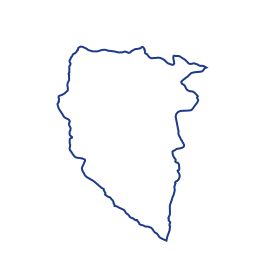 outline of Mushie, Bandundu, Democratic Republic of the Congo, rotated 114°
{"feature_id": "63176286B59505490488503", "entity_name": "Mushie", "entity_type": "district", "adm_level": 2, "iso_a3": "COD", "parent_name": "Democratic Republic of the Congo", "parent_adm1": "Bandundu", "projection": "equal_earth", "projection_center": [17.182, -2.524], "detail": "fine", "context": "isolated", "style": "outline", "palette": "blue", "viewbox_px": 256, "rotation_deg": 114, "n_neighbors": 0, "source": "geoboundaries", "source_scale": "gbopen_adm2", "svg_char_len": 5275}
<svg xmlns="http://www.w3.org/2000/svg" viewBox="0 0 256 256"><g transform="rotate(114 128 128)"><path d="M73.1,204.6L74.9,205.9L76.0,205.9L77.2,205.5L77.8,206.1L79.2,206.0L81.0,206.7L81.4,206.8L82.5,208.0L83.1,208.2L85.2,208.3L87.1,208.8L88.5,208.5L89.7,208.9L90.5,208.7L91.3,208.2L92.5,206.7L93.2,206.5L93.8,206.4L95.8,206.7L97.0,206.0L99.4,205.0L101.0,204.2L101.8,204.4L102.3,204.4L102.7,204.3L102.9,203.6L103.3,203.3L103.7,203.4L104.8,202.9L107.4,201.6L108.0,201.3L110.9,201.4L113.1,201.0L114.1,200.6L114.8,199.9L117.2,198.6L117.5,198.6L118.2,198.3L122.2,200.0L124.4,201.6L126.7,204.0L127.4,204.2L128.6,203.7L129.5,202.8L130.5,202.5L130.8,202.4L131.8,202.3L132.1,201.8L134.8,202.2L138.0,199.6L139.0,198.3L141.8,193.9L142.2,193.3L143.8,191.1L143.9,190.7L144.3,189.2L144.3,186.0L144.5,185.4L145.2,184.2L145.8,183.8L147.6,183.8L148.9,183.2L149.7,182.5L151.1,180.7L151.5,180.4L152.1,180.1L153.9,179.7L154.0,179.8L154.8,179.9L156.5,179.2L157.9,178.5L158.4,177.8L158.9,175.8L159.2,175.3L159.6,175.2L161.1,176.5L161.9,176.6L163.5,176.1L165.8,174.9L166.9,173.9L170.8,172.9L171.7,172.1L172.3,171.0L174.1,168.2L174.8,167.1L175.3,166.2L175.7,165.0L176.0,164.3L176.0,163.7L176.0,163.0L175.6,161.6L175.2,160.4L174.9,159.1L174.6,158.1L174.4,156.9L174.4,156.2L174.4,155.6L174.4,154.9L174.6,154.4L175.0,154.0L175.6,153.9L178.0,153.9L179.0,153.9L180.0,153.9L181.4,153.9L182.5,154.0L183.6,153.7L184.8,152.9L185.5,152.3L186.2,151.4L186.8,150.5L187.7,149.3L188.5,148.4L188.9,147.7L189.2,147.1L189.6,145.6L189.9,143.1L190.5,137.6L193.5,127.6L193.5,126.4L193.7,125.2L194.5,124.9L194.9,124.7L195.5,123.6L196.0,123.3L196.2,122.9L196.5,122.3L197.1,122.0L197.3,122.0L198.1,121.9L198.3,121.6L198.3,121.0L198.3,120.8L198.6,120.3L198.7,119.9L198.7,119.4L198.9,118.7L198.8,117.0L198.7,116.6L198.8,115.8L199.7,114.5L200.2,112.8L200.9,111.8L201.7,111.0L202.5,110.7L203.7,109.0L204.2,108.8L204.7,108.6L204.1,106.3L204.3,105.3L204.4,102.9L204.5,98.5L204.9,97.4L206.4,95.5L207.2,92.2L208.6,89.9L208.7,88.4L208.5,86.2L208.9,85.2L209.1,83.9L209.1,83.3L208.5,82.7L208.5,81.9L209.0,81.6L209.3,81.4L209.9,79.6L211.0,78.6L211.3,77.4L210.8,74.3L211.0,72.3L209.9,69.3L209.7,66.2L210.0,65.6L210.6,64.2L211.8,62.4L212.5,60.9L212.7,58.7L213.3,57.4L214.8,55.1L215.1,54.2L215.3,51.4L215.3,47.1L212.3,47.7L210.8,47.9L209.0,48.1L207.6,48.1L206.1,48.3L204.8,48.3L203.5,48.8L201.8,49.2L200.9,49.6L200.3,50.0L200.2,50.5L199.2,50.8L198.8,51.0L197.7,50.9L197.0,51.1L195.6,53.5L194.4,53.7L193.8,54.6L192.5,54.5L191.1,54.5L190.2,54.5L189.1,54.9L187.7,55.5L186.0,56.3L183.9,57.3L182.7,57.9L181.7,58.2L180.5,58.4L177.6,58.6L175.4,58.8L173.0,59.2L171.7,59.1L170.2,59.2L167.0,59.7L165.5,60.1L164.0,61.1L163.2,61.5L162.3,61.9L161.2,61.9L159.9,62.1L159.4,62.0L158.9,62.7L158.8,62.8L157.4,62.6L156.6,61.7L154.3,60.8L152.7,60.9L151.5,61.0L150.5,61.4L149.5,62.1L148.6,63.1L148.0,63.9L147.6,64.6L147.1,65.1L146.8,65.3L146.5,65.2L146.1,64.8L145.7,64.4L145.2,64.3L144.2,64.6L142.5,65.6L141.4,66.2L140.5,66.7L139.9,67.5L139.6,68.0L139.6,68.7L139.8,69.5L139.8,70.3L139.5,70.9L139.2,71.3L138.6,71.3L137.9,71.4L137.4,71.7L136.8,72.6L136.4,73.6L135.8,74.5L134.9,75.4L134.2,76.2L133.5,76.7L132.5,77.2L131.7,77.7L131.0,77.7L130.3,77.1L129.6,76.4L128.9,75.9L127.7,75.3L127.1,74.8L126.2,73.3L125.5,72.3L124.8,71.3L124.2,70.7L123.5,70.1L122.8,69.7L122.2,69.5L121.5,69.5L120.5,70.0L119.9,70.8L119.2,71.7L118.6,72.6L117.9,73.3L117.4,74.3L116.0,76.0L115.2,76.9L114.4,78.0L113.6,78.9L112.9,79.5L112.0,79.9L110.7,80.4L109.8,80.9L108.5,82.0L107.4,82.7L106.1,83.6L104.7,84.6L103.6,85.3L102.7,86.0L101.7,86.7L100.6,87.5L99.5,88.1L98.7,88.8L98.0,89.2L97.1,89.4L96.3,89.5L95.4,89.5L94.6,89.4L93.5,88.9L92.7,88.6L91.5,87.4L90.4,85.9L89.5,83.9L88.6,82.1L87.9,80.7L86.8,78.7L86.2,77.8L85.6,77.3L84.0,76.7L81.8,76.3L79.8,75.9L78.3,75.5L77.0,75.2L76.0,75.1L75.2,75.1L74.3,75.1L73.6,75.5L73.1,76.2L72.7,76.9L72.2,77.3L71.5,77.2L70.6,77.1L70.3,77.6L69.4,79.6L68.9,80.9L68.5,82.4L68.4,83.4L68.5,84.6L69.1,85.9L69.3,86.7L69.3,88.3L69.1,89.7L68.4,90.8L67.5,91.9L66.8,92.8L66.1,93.6L65.9,94.8L65.8,95.5L65.5,96.8L64.9,97.7L63.9,98.1L62.8,97.7L61.3,97.0L60.0,96.3L58.6,95.6L57.6,94.9L56.6,94.3L55.4,94.0L54.4,93.5L53.1,93.0L52.4,92.7L51.6,92.0L50.5,90.5L49.4,88.9L48.5,87.1L47.6,85.6L47.0,84.5L46.1,83.4L45.1,82.9L43.9,82.5L42.5,82.4L40.9,81.0L40.7,84.2L41.0,85.6L41.7,86.9L42.0,88.0L41.7,90.5L42.0,93.4L42.4,94.7L43.7,96.2L44.4,98.1L44.2,99.4L43.6,100.6L42.4,103.8L42.3,104.2L42.1,106.6L41.5,109.8L41.6,110.8L42.9,114.0L43.0,114.7L43.4,115.5L43.9,115.7L44.6,115.5L45.6,115.1L46.9,114.2L47.8,113.6L48.6,113.1L49.2,112.7L50.0,112.1L50.9,112.1L51.5,112.2L52.2,113.1L52.4,114.2L52.5,115.5L52.7,117.4L52.4,118.8L52.0,120.1L51.6,121.1L51.1,122.1L51.0,123.3L50.8,124.7L50.8,125.9L51.0,127.4L51.5,129.2L52.3,130.4L53.3,132.4L54.0,133.6L54.7,134.8L54.8,135.7L54.7,136.6L54.4,138.0L52.7,140.9L52.9,141.9L52.8,142.5L52.0,143.4L50.8,143.8L49.9,144.8L49.4,144.8L49.0,145.3L48.5,146.1L48.1,146.9L48.0,147.7L48.3,148.2L50.1,149.0L51.6,151.1L53.1,153.6L56.5,156.2L57.9,156.6L59.1,157.9L59.2,161.0L59.5,161.9L59.8,162.5L61.0,163.6L62.7,167.0L63.7,171.9L65.5,177.8L65.6,179.1L65.8,180.6L66.7,182.6L67.5,183.7L70.6,187.3L71.2,189.0L72.3,191.1L72.5,192.1L72.5,192.9L72.9,195.5L72.8,196.6L72.4,197.9L72.3,202.2L72.6,203.5L73.1,204.6Z" fill="none" stroke="#1e3a8a" stroke-width="2"/></g></svg>